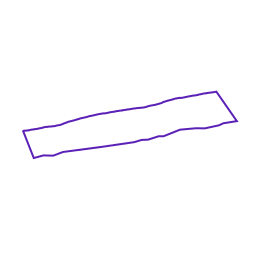 outline of Pinamar, Buenos Aires, Argentina, rotated 227°
{"feature_id": "61730980B99310691740446", "entity_name": "Pinamar", "entity_type": "district", "adm_level": 2, "iso_a3": "ARG", "parent_name": "Argentina", "parent_adm1": "Buenos Aires", "projection": "mercator", "projection_center": [-56.846, -37.107], "detail": "fine", "context": "isolated", "style": "outline", "palette": "violet", "viewbox_px": 256, "rotation_deg": 227, "n_neighbors": 0, "source": "geoboundaries", "source_scale": "gbopen_adm2", "svg_char_len": 5529}
<svg xmlns="http://www.w3.org/2000/svg" viewBox="0 0 256 256"><g transform="rotate(227 128 128)"><path d="M94.3,217.4L94.7,216.7L95.2,216.0L95.5,215.5L95.8,215.1L96.4,214.1L96.6,214.0L96.8,213.8L96.9,213.5L97.3,212.9L97.6,212.5L97.7,212.3L98.0,212.0L98.3,211.6L98.5,211.3L98.7,211.0L98.9,210.7L99.1,210.4L99.4,210.0L99.6,209.8L99.7,209.4L99.9,209.3L100.5,208.3L100.6,208.1L101.0,207.7L102.2,205.9L102.3,205.6L102.5,205.3L102.6,205.2L102.7,204.9L102.9,204.6L103.0,204.3L103.3,203.9L103.5,203.7L103.8,203.1L104.1,202.6L104.4,202.1L104.5,202.0L104.7,201.4L104.9,201.2L105.0,201.0L105.3,200.5L105.5,200.1L105.9,199.6L106.1,199.2L106.5,198.8L107.0,198.2L107.2,197.7L107.6,197.3L107.7,197.1L107.9,196.9L108.1,196.4L108.5,195.8L108.6,195.4L109.2,194.8L109.5,194.3L109.6,194.2L110.2,193.1L110.7,192.3L111.3,191.2L111.6,190.9L112.3,189.5L112.4,189.4L112.7,189.0L112.9,188.7L113.0,188.5L113.3,188.0L113.6,187.7L113.8,187.3L114.1,186.9L114.6,186.5L114.8,186.4L115.0,186.2L115.2,185.9L115.4,185.5L115.5,185.4L115.9,184.7L116.1,184.5L116.1,184.3L116.3,184.0L116.4,183.8L116.7,183.5L116.8,183.3L116.9,183.1L117.2,182.7L117.4,182.5L117.5,182.2L117.6,181.9L118.1,180.9L118.1,180.7L118.3,180.5L118.5,180.2L118.7,179.6L119.0,179.2L119.2,178.6L119.5,178.2L119.7,177.8L120.1,177.1L120.2,176.9L120.6,176.2L120.7,175.9L120.8,175.9L120.9,175.6L121.3,174.9L121.5,174.5L121.8,173.7L121.9,173.4L122.3,172.6L122.5,172.5L122.6,172.1L122.9,171.7L123.0,171.1L123.1,170.9L123.1,170.5L123.2,170.3L123.5,169.3L123.6,169.2L123.8,168.7L124.1,168.3L124.2,168.1L124.4,167.7L124.5,167.3L124.6,167.1L124.8,166.7L125.2,166.1L125.4,165.5L125.5,165.4L125.6,165.1L125.9,164.8L126.3,163.8L126.5,163.6L126.7,163.2L126.9,163.0L127.1,162.7L127.3,162.3L127.7,161.7L127.9,161.4L128.1,161.1L128.3,160.8L128.4,160.6L128.8,160.0L129.4,159.1L129.5,158.8L130.1,157.8L130.4,157.0L130.7,156.4L130.8,156.1L131.2,155.6L131.4,154.9L131.7,154.5L132.3,153.5L132.4,153.4L132.5,153.1L133.1,152.4L133.6,151.8L133.7,151.6L134.0,151.3L134.1,151.1L134.3,150.8L134.6,150.5L134.8,150.2L135.1,149.9L135.4,149.5L135.7,149.1L136.5,148.0L136.9,147.5L137.3,146.7L137.5,146.6L137.8,146.2L138.2,145.8L138.3,145.5L138.6,145.0L139.0,144.5L139.1,144.4L139.3,144.0L139.5,143.7L140.0,143.0L140.1,142.8L140.4,142.4L140.5,142.2L140.7,141.9L140.7,141.7L140.8,141.5L141.0,141.4L141.2,141.1L141.5,140.9L141.6,140.7L141.9,140.3L142.2,139.9L142.2,139.6L142.4,139.3L142.9,138.7L143.1,138.5L143.4,138.0L143.7,137.4L144.1,137.0L144.3,136.8L144.3,136.7L144.6,136.3L144.6,136.0L144.8,135.9L145.0,135.6L145.2,135.3L145.3,135.2L145.4,134.9L145.7,134.5L145.8,134.4L146.1,134.1L146.5,133.5L146.8,132.9L147.0,132.5L147.3,132.2L147.5,132.0L147.5,131.9L147.8,131.6L148.0,131.3L148.4,130.6L148.8,130.1L148.8,129.9L149.1,129.3L149.2,129.2L149.4,128.8L149.7,128.6L150.1,128.0L150.2,127.9L150.5,127.4L150.7,127.1L150.9,126.8L151.5,126.0L151.8,125.5L151.8,125.3L151.9,125.1L152.1,125.0L152.3,124.7L152.4,124.4L152.6,124.0L152.7,123.9L152.9,123.5L153.1,123.3L153.2,123.2L153.5,122.6L153.7,122.1L154.2,121.5L154.5,121.2L154.7,120.8L154.8,120.7L155.1,120.4L155.5,120.0L155.7,119.7L155.8,119.3L156.0,119.2L156.3,118.8L156.4,118.6L156.5,118.5L156.6,118.3L156.9,118.0L157.1,117.5L157.7,116.7L157.9,116.5L158.0,116.2L158.2,115.8L158.4,115.4L158.8,114.9L158.9,114.7L159.1,114.5L159.3,114.1L159.5,113.5L159.8,113.2L160.0,112.8L160.3,112.2L160.4,111.9L160.6,111.7L160.9,111.2L161.1,110.9L161.3,110.6L161.6,110.0L162.0,109.4L162.2,109.0L162.4,108.8L162.4,108.6L162.6,108.4L162.8,108.2L163.1,107.6L163.3,107.3L163.4,107.0L163.7,106.2L164.1,105.7L164.2,105.2L165.1,103.8L165.1,103.7L165.4,103.3L165.5,103.0L165.8,102.6L166.1,102.1L166.3,101.6L166.8,100.9L167.0,100.4L167.2,100.2L167.5,99.6L167.8,99.3L168.0,98.3L168.2,97.9L168.4,97.7L168.6,97.4L168.7,97.1L168.9,97.0L168.9,96.6L169.1,96.3L169.6,95.5L169.7,95.1L170.0,94.5L170.2,94.1L170.4,93.7L170.6,93.3L170.9,92.9L171.2,92.4L171.6,91.4L171.7,91.2L171.9,91.0L172.2,90.6L172.6,89.6L173.0,89.1L173.2,88.7L173.3,88.6L173.4,88.2L173.5,87.6L173.9,87.0L174.1,86.3L174.2,86.2L174.3,85.9L174.6,85.4L174.6,85.1L175.0,84.4L175.0,84.2L175.2,83.9L175.2,83.5L175.4,83.2L175.8,82.0L175.9,81.8L176.2,81.2L176.3,80.9L176.6,80.5L176.7,80.1L176.8,79.9L177.3,79.2L177.7,78.7L177.8,78.5L178.1,78.1L178.2,77.9L178.3,77.8L178.7,77.1L178.8,77.0L178.9,76.5L179.0,76.3L179.1,76.0L179.3,75.8L179.4,75.6L179.7,75.3L179.9,75.0L180.2,74.7L180.4,74.5L180.5,74.2L180.9,73.9L181.0,73.5L181.3,73.1L182.1,72.1L182.3,71.8L182.8,71.4L183.1,70.9L183.3,70.7L183.5,70.2L183.7,69.9L183.8,69.9L184.0,69.6L184.3,69.3L184.6,69.0L184.8,68.7L184.9,68.4L185.0,68.3L185.3,67.8L185.7,67.4L185.9,66.9L186.0,66.7L186.3,66.2L186.4,65.7L186.7,65.3L187.1,64.8L187.2,64.6L187.2,64.4L187.3,64.3L187.6,63.8L187.8,63.5L187.9,63.3L188.0,63.2L188.5,62.6L188.6,62.4L188.7,61.8L188.8,61.7L189.0,61.4L189.3,61.1L189.5,60.8L189.6,60.6L189.8,60.2L190.0,59.9L190.2,59.7L190.5,59.4L190.6,59.2L190.8,58.9L190.9,58.6L191.1,58.5L191.2,58.2L191.3,58.1L191.4,57.9L191.6,57.8L191.8,57.5L191.9,57.2L192.3,56.7L192.5,56.5L192.6,56.3L192.7,56.1L193.1,55.5L193.3,55.2L193.5,54.9L193.6,54.6L193.8,54.3L193.8,54.1L194.1,53.6L194.6,53.2L194.8,52.8L194.8,52.7L195.0,52.5L195.1,52.3L195.3,52.1L195.7,51.5L196.1,51.1L196.4,50.7L196.6,50.5L196.7,50.4L196.8,50.3L197.1,49.8L197.2,49.3L197.2,49.2L170.3,38.6L165.6,47.5L158.8,54.4L154.8,64.1L132.8,95.0L113.4,122.9L110.2,129.4L109.8,130.1L105.8,134.7L101.0,144.9L98.0,148.0L97.5,149.0L91.3,164.9L81.5,177.5L75.3,184.0L70.0,192.9L68.0,196.2L66.4,201.0L58.8,212.3L94.3,217.4Z" fill="none" stroke="#5b21b6" stroke-width="2"/></g></svg>